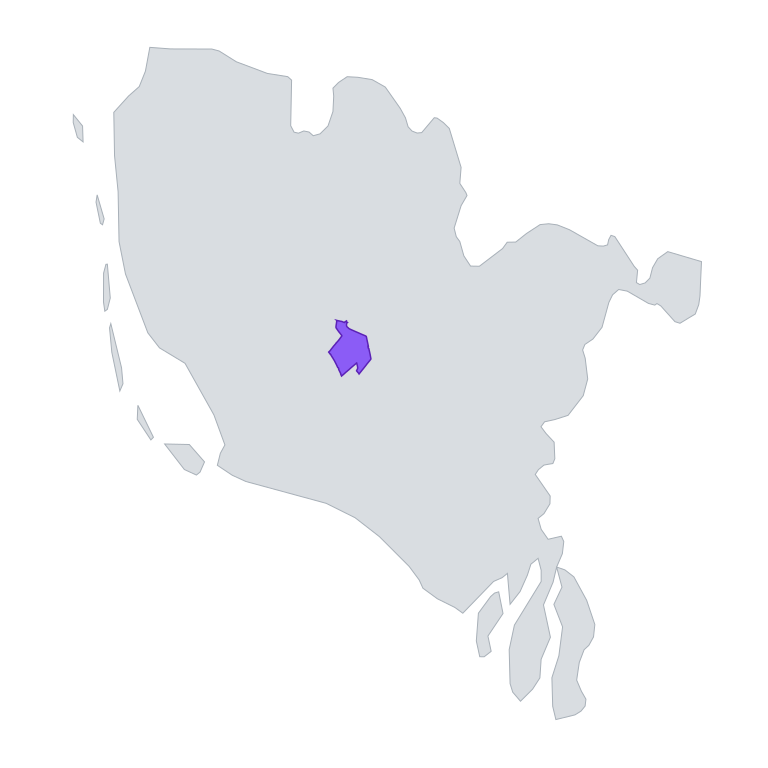 Zeewolde, Flevoland, Netherlands shown in context, rotated 271°
{"feature_id": "6326949B99557124288359", "entity_name": "Zeewolde", "entity_type": "district", "adm_level": 2, "iso_a3": "NLD", "parent_name": "Netherlands", "parent_adm1": "Flevoland", "projection": "robinson", "projection_center": [5.473, 52.346], "detail": "fine", "context": "in_parent", "style": "filled", "palette": "violet", "viewbox_px": 768, "rotation_deg": 271, "n_neighbors": 0, "source": "geoboundaries", "source_scale": "gbopen_adm2", "svg_char_len": 6636}
<svg xmlns="http://www.w3.org/2000/svg" viewBox="0 0 768 768"><g transform="rotate(271 384 384)"><path d="M511.9,699.3L494.2,698.8L477.6,698.4L468.8,697.3L459.4,694.0L455.1,687.1L449.9,678.9L451.4,673.8L466.9,659.4L469.2,655.5L467.6,653.4L469.2,647.0L481.1,625.6L482.6,617.0L477.2,611.0L469.5,607.4L444.5,601.0L432.6,592.1L427.1,584.2L421.5,582.0L413.3,584.7L392.6,587.6L375.8,583.4L355.9,568.6L351.4,555.3L349.0,545.2L344.0,541.7L337.3,546.9L328.8,555.1L312.2,556.1L307.4,554.2L306.6,549.6L305.7,545.3L301.1,539.9L296.2,536.8L274.9,552.1L267.1,552.0L257.2,546.2L252.3,540.4L241.4,543.7L231.6,550.8L234.9,564.0L229.6,566.5L217.5,565.3L204.0,559.8L188.8,556.5L165.9,547.3L133.7,554.8L111.5,545.9L92.9,545.0L81.5,537.9L69.2,526.0L78.1,518.1L86.6,515.3L120.6,513.8L145.2,518.6L189.3,544.6L200.5,544.4L212.4,541.1L206.4,534.0L195.4,530.7L178.9,523.7L165.9,513.9L196.8,510.7L192.5,505.6L188.5,497.0L156.2,466.8L161.9,458.6L170.2,441.1L180.5,426.5L188.7,422.6L202.1,412.3L231.3,382.1L249.8,357.4L263.7,328.2L284.1,247.6L290.1,233.9L299.8,218.8L311.9,221.6L320.3,226.0L350.1,214.5L401.2,184.7L416.2,158.9L431.0,147.0L489.5,123.6L521.8,116.6L571.6,114.8L607.6,110.6L650.9,109.1L667.5,123.6L677.1,134.1L692.6,140.0L716.5,144.0L715.3,164.8L715.9,206.0L714.1,213.3L703.6,230.7L692.5,261.9L689.6,282.4L686.2,286.3L640.6,286.2L634.2,289.7L633.3,294.1L635.6,299.4L634.6,304.7L631.0,308.9L633.0,315.7L641.0,323.5L655.5,328.2L670.9,328.7L678.9,327.8L684.7,333.3L690.6,341.8L690.2,352.5L688.1,366.9L680.9,380.1L659.9,395.4L650.5,400.8L641.6,403.6L637.4,407.6L635.5,412.7L636.0,417.3L651.1,429.6L650.8,432.4L646.4,438.8L640.7,444.8L601.9,457.3L585.9,456.3L576.8,462.5L573.9,463.7L563.7,458.0L541.1,451.4L532.5,453.7L527.8,457.3L513.5,461.6L503.4,468.5L503.4,477.3L521.5,500.2L527.9,504.7L528.2,513.2L537.0,523.9L546.1,537.3L547.1,545.9L546.1,554.5L541.5,566.7L525.9,595.4L525.7,600.9L527.0,605.1L532.4,606.2L536.6,608.4L535.4,612.2L506.0,632.1L502.2,635.6L489.8,634.6L487.9,638.0L489.6,643.3L494.5,648.0L505.0,650.5L514.0,655.5L521.3,665.4L511.9,699.3ZM204.0,559.8L201.3,568.1L194.5,577.2L171.3,590.4L147.2,599.0L134.8,597.9L126.3,593.4L121.8,588.7L109.0,584.1L91.3,581.8L80.3,586.7L72.4,591.4L65.5,590.7L60.4,586.7L56.5,580.7L51.5,561.7L64.7,558.3L93.2,557.0L115.3,563.6L144.3,566.8L166.6,557.7L184.0,565.5L204.0,559.8ZM156.5,482.4L173.3,494.3L176.9,498.2L178.2,502.3L156.6,507.0L133.8,492.3L118.6,495.8L113.0,488.9L113.0,484.5L128.7,480.8L156.5,482.4ZM320.1,190.4L303.0,205.9L292.7,201.6L289.7,198.0L295.0,185.9L320.2,165.7L320.1,190.4ZM395.6,121.3L379.7,123.0L372.4,120.0L411.0,111.3L435.3,108.6L439.6,109.8L395.6,121.3ZM499.0,105.3L465.2,108.8L453.8,106.1L451.9,103.6L461.1,102.1L489.9,101.7L498.8,103.9L499.0,105.3ZM358.4,138.3L326.7,154.4L324.0,151.9L344.4,137.9L358.4,138.3ZM636.7,78.1L620.8,78.9L625.3,73.1L640.0,68.7L647.9,68.7L636.7,78.1ZM568.1,93.9L544.2,101.3L538.3,99.8L539.8,97.6L560.8,92.9L568.1,93.9Z" fill="#d9dde1" stroke="#a8b0b8" stroke-width="1"/><path d="M393.6,358.9L394.0,359.2L397.1,361.6L397.8,362.1L398.1,362.4L402.3,365.6L404.5,367.2L404.7,367.4L404.8,367.5L405.6,368.1L407.1,369.3L407.9,369.9L408.8,370.5L409.4,370.4L412.9,369.7L417.2,368.7L418.0,368.5L419.2,368.2L419.4,368.1L419.4,367.8L420.2,367.6L420.4,367.5L420.6,367.4L420.8,367.5L421.4,367.3L421.5,367.7L426.3,366.6L428.8,366.0L429.4,365.9L430.7,365.6L431.3,365.4L431.5,365.1L431.8,364.6L432.1,363.9L433.3,360.9L434.6,357.8L435.1,356.6L436.0,354.4L436.9,352.3L437.5,350.8L438.4,348.8L438.6,348.3L440.3,346.3L440.7,345.9L441.3,345.6L441.9,345.5L442.0,345.5L442.3,345.5L442.5,345.5L443.6,345.5L443.8,345.5L444.0,345.6L444.3,345.7L444.3,345.8L444.5,346.0L444.8,346.4L445.2,345.8L445.3,345.7L446.4,345.4L446.0,344.7L445.6,344.2L445.5,343.9L445.5,344.0L445.4,343.9L445.3,344.0L445.1,343.8L445.2,343.7L444.9,343.5L444.9,343.4L444.8,343.2L444.9,342.9L445.1,342.4L445.4,341.8L445.5,341.5L445.6,341.3L445.6,341.2L445.7,340.9L445.8,340.8L445.8,340.7L445.9,340.4L445.9,340.1L445.9,339.9L446.1,338.9L446.2,338.5L446.3,338.1L446.3,337.9L446.4,337.3L446.7,336.0L446.7,335.9L446.8,335.5L446.7,335.6L446.3,335.6L446.1,335.6L445.9,335.6L445.5,335.6L444.0,335.4L443.0,335.3L442.9,335.3L442.6,335.2L441.6,335.1L440.9,335.0L440.7,335.0L440.4,335.0L440.2,335.0L439.9,335.0L439.7,335.0L439.4,335.1L439.2,335.2L439.0,335.3L438.9,335.4L438.7,335.5L438.4,335.8L438.1,336.0L437.7,336.2L437.1,336.7L436.8,336.9L436.6,337.0L436.0,337.5L435.5,337.9L435.4,337.9L435.1,338.2L435.0,338.3L434.9,338.4L434.7,338.5L433.8,339.3L433.7,339.4L433.5,339.5L433.4,339.6L432.2,340.6L432.0,340.8L431.9,340.7L431.6,340.8L431.4,340.8L431.2,340.9L429.9,340.0L429.9,339.9L429.9,340.0L429.1,339.4L428.2,338.8L427.8,338.5L427.7,338.4L427.3,338.1L427.2,338.1L427.0,337.9L426.9,337.9L426.7,337.7L425.8,336.9L425.2,336.4L424.6,335.9L424.1,335.5L423.8,335.3L423.8,335.2L423.7,335.2L423.2,334.8L422.6,334.3L422.0,333.8L421.4,333.3L421.2,333.1L420.7,332.7L419.7,332.0L418.8,331.3L417.9,330.6L416.9,329.9L416.6,329.7L416.4,329.5L416.3,329.4L416.2,329.4L416.1,329.2L415.5,328.7L415.0,328.1L414.9,328.1L414.8,328.3L414.6,328.4L414.3,328.6L414.2,328.7L413.4,329.3L412.9,329.7L413.0,329.9L412.4,330.4L411.9,330.5L411.4,330.8L411.1,331.0L410.7,331.3L410.3,331.5L410.1,331.7L409.8,331.9L409.6,332.0L409.3,332.2L409.1,332.4L408.9,332.5L408.7,332.6L408.4,332.8L408.2,332.9L408.0,333.0L407.8,333.1L407.6,333.3L407.4,333.4L407.1,333.6L406.9,333.7L406.7,333.8L406.3,334.1L406.1,334.2L405.9,334.3L405.7,334.4L405.5,334.5L405.3,334.6L405.1,334.7L404.8,334.9L404.6,335.0L404.4,335.1L404.2,335.2L404.0,335.3L403.8,335.4L403.4,335.6L403.2,335.7L403.0,335.9L402.7,336.0L402.3,336.2L402.1,336.3L401.9,336.4L401.7,336.5L401.3,336.7L401.2,336.7L401.0,336.9L400.7,337.0L400.4,337.1L400.2,337.2L400.0,337.3L399.8,337.4L399.7,337.5L399.4,337.8L399.3,338.1L399.2,338.2L399.0,338.3L398.9,338.3L398.7,338.4L398.3,338.4L398.1,338.4L397.9,338.4L397.7,338.5L397.2,338.7L397.0,338.8L396.6,339.0L394.5,340.1L393.7,340.5L393.4,340.6L393.2,340.5L392.8,340.7L392.5,340.8L392.3,340.9L392.0,341.1L391.8,341.1L391.7,341.2L391.5,341.3L391.4,341.3L391.2,341.4L391.8,342.1L392.1,342.4L392.2,342.5L392.4,342.7L392.4,342.8L393.0,343.5L393.9,344.4L394.5,345.1L395.3,345.9L396.0,346.8L396.8,347.6L397.1,348.0L397.4,348.4L397.5,348.4L397.8,348.8L398.2,349.2L399.7,350.8L400.4,351.6L401.2,352.5L401.9,353.3L402.6,354.1L404.1,355.8L404.6,356.2L404.6,356.3L401.6,357.1L400.5,357.3L400.4,357.3L400.2,357.4L399.9,357.4L399.7,357.4L399.4,357.4L399.2,357.4L398.9,357.3L398.7,357.2L398.3,357.1L398.2,357.0L397.4,356.6L397.1,356.5L396.8,356.3L396.7,356.3L395.7,357.2L395.0,357.8L394.5,358.3L394.1,358.6L393.6,358.9Z" fill="#8b5cf6" stroke="#5b21b6" stroke-width="1.5"/></g></svg>